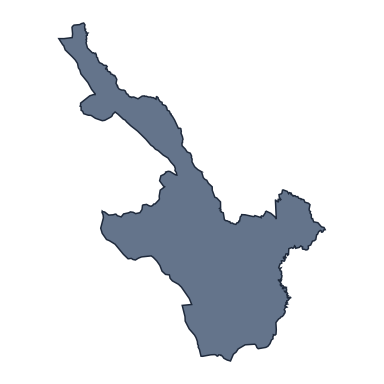 outline of Sumbawanga, Rukwa, United Republic of Tanzania
{"feature_id": "72390352B27717411944051", "entity_name": "Sumbawanga", "entity_type": "district", "adm_level": 2, "iso_a3": "TZA", "parent_name": "United Republic of Tanzania", "parent_adm1": "Rukwa", "projection": "mercator", "projection_center": [31.975, -8.085], "detail": "fine", "context": "isolated", "style": "filled", "palette": "slate", "viewbox_px": 384, "rotation_deg": 0, "n_neighbors": 0, "source": "geoboundaries", "source_scale": "gbopen_adm2", "svg_char_len": 5969}
<svg xmlns="http://www.w3.org/2000/svg" viewBox="0 0 384 384"><path d="M58.8,38.6L62.8,44.9L63.7,45.6L65.2,49.9L72.3,56.8L75.2,59.9L77.5,63.4L78.4,67.9L79.8,69.9L80.9,73.9L87.9,82.5L91.6,89.4L95.2,93.9L95.1,94.6L93.7,94.5L89.8,95.8L80.6,103.1L80.6,105.0L80.1,106.2L81.1,106.7L81.1,110.3L82.6,111.2L83.7,113.7L88.2,115.2L91.1,115.4L95.4,118.3L102.3,120.7L104.8,120.3L110.9,117.0L112.1,115.9L112.7,114.3L115.1,112.0L117.9,114.1L123.2,119.1L125.2,120.1L126.6,121.9L130.7,125.7L137.6,131.1L146.0,139.4L150.8,145.1L153.2,146.7L155.4,149.2L158.2,150.6L163.1,155.0L168.0,158.0L170.7,161.9L174.4,166.0L175.3,168.5L175.0,170.6L176.4,172.6L176.8,175.1L175.5,174.8L170.0,171.5L168.2,171.3L165.8,172.0L166.0,172.4L164.1,174.3L160.9,175.8L159.6,180.8L163.4,186.0L164.6,186.8L160.2,190.2L159.2,196.1L159.4,199.1L158.9,199.9L155.1,203.9L153.6,204.1L152.7,205.4L151.1,206.3L148.9,205.7L146.6,204.4L143.1,204.9L142.5,205.4L142.0,209.5L139.9,212.7L135.6,213.6L133.2,212.3L130.4,211.9L128.7,212.8L123.6,213.9L121.2,216.9L117.3,215.7L116.2,214.3L115.3,214.1L113.0,214.8L108.7,215.1L104.7,212.0L102.7,211.6L102.2,211.1L102.0,212.3L103.1,214.8L103.4,217.8L100.7,228.2L102.2,233.3L106.5,239.5L109.4,240.7L115.1,244.2L123.4,254.3L128.1,258.8L131.3,258.4L133.0,259.5L135.4,260.0L138.5,258.1L141.6,256.9L151.2,255.9L153.2,257.3L156.8,261.0L159.9,265.5L162.0,271.1L165.5,274.4L169.4,274.9L170.1,278.3L172.4,280.9L178.5,284.3L181.4,287.1L189.3,298.5L191.7,304.5L182.2,305.4L185.0,316.6L185.2,321.1L189.2,328.9L194.5,335.0L196.0,337.6L197.4,341.5L197.6,344.2L198.4,345.6L198.2,347.2L199.4,349.4L201.0,356.2L202.6,356.3L210.8,354.8L214.4,354.6L215.7,354.8L216.8,355.9L217.7,356.1L218.7,354.9L220.2,354.9L220.6,355.4L221.2,355.2L222.7,356.6L223.9,358.3L227.1,360.0L230.5,361.0L233.4,354.2L236.1,352.1L238.2,348.9L245.2,344.8L254.8,344.2L256.0,345.2L256.9,347.5L258.2,348.7L265.8,347.4L267.9,346.3L270.0,343.6L271.5,339.9L273.0,338.8L272.9,336.6L273.5,335.7L273.4,334.7L275.0,335.1L276.0,334.2L276.3,329.7L275.9,322.6L278.6,319.0L280.1,318.1L280.9,317.0L282.4,316.4L284.0,314.5L284.1,313.5L284.9,313.0L285.2,311.1L284.2,309.8L285.3,307.5L286.9,307.1L286.2,306.5L285.4,306.9L285.0,305.7L285.9,304.4L287.4,304.0L286.9,303.7L286.2,303.9L285.9,302.8L287.2,302.3L286.6,301.5L286.8,300.8L287.8,300.6L289.8,298.2L290.7,297.7L290.5,297.3L289.4,297.2L287.8,298.0L287.4,297.8L287.2,296.8L288.2,295.8L287.0,295.3L286.8,294.7L287.7,293.8L286.9,292.6L285.6,292.5L284.5,291.2L285.1,291.1L286.1,291.8L286.5,291.3L286.6,289.0L285.8,288.1L286.3,287.4L284.6,287.0L283.7,288.7L282.5,288.6L282.6,288.0L283.2,288.1L283.2,285.9L281.9,285.1L281.2,286.1L280.3,285.0L280.4,284.2L281.2,283.7L279.9,281.8L281.1,281.0L281.3,280.4L279.6,281.2L278.5,280.5L278.5,279.9L279.7,280.2L281.5,278.4L282.0,275.7L281.2,274.2L281.6,273.5L281.4,271.2L280.3,270.8L279.8,269.8L280.9,268.0L279.5,268.5L278.7,267.8L280.0,264.0L281.8,263.1L281.4,260.9L282.0,260.7L284.1,261.2L284.7,260.6L285.0,259.5L283.6,258.4L283.4,257.2L284.2,256.9L285.3,258.1L285.9,257.9L286.1,257.3L285.1,256.6L286.0,253.9L287.4,253.8L287.6,255.2L288.5,254.6L288.8,248.7L291.6,247.6L292.9,248.3L293.7,247.8L294.6,245.8L295.2,246.4L295.7,248.3L299.3,247.4L300.8,245.9L302.7,247.1L302.2,247.8L302.6,249.1L304.7,249.4L305.9,250.0L307.6,249.6L308.5,248.3L308.2,246.1L310.7,245.0L312.4,241.2L314.5,240.6L315.8,239.5L316.6,234.8L317.5,234.4L318.6,231.8L320.3,230.4L321.0,230.6L321.5,232.1L322.3,232.1L323.0,231.6L323.6,230.1L325.2,229.7L324.0,227.5L321.4,226.8L317.9,222.7L313.6,221.8L312.6,218.6L311.7,218.7L311.3,217.6L311.3,214.7L310.0,212.9L310.5,211.6L309.4,210.7L309.1,209.2L310.0,204.7L308.4,203.2L304.9,202.2L303.8,199.7L301.7,199.2L301.2,199.5L301.0,198.7L298.6,198.2L297.8,196.6L296.1,196.7L295.0,195.7L294.1,195.9L293.8,195.6L293.1,196.1L292.4,195.1L291.1,194.5L290.9,193.9L291.4,193.8L291.3,193.2L289.4,192.6L288.6,193.7L287.3,191.4L283.2,189.9L282.5,190.1L281.9,193.1L281.3,193.8L279.0,194.6L279.3,197.3L280.9,199.5L280.2,200.1L279.2,199.3L278.3,199.2L278.0,200.1L278.5,201.5L278.1,201.9L276.0,200.6L275.4,199.6L276.3,219.1L275.1,217.0L270.8,213.3L266.3,211.2L265.5,211.8L265.4,212.7L263.1,216.2L261.5,215.9L260.9,216.6L261.1,217.6L254.9,215.6L254.2,216.5L252.8,216.5L245.2,214.8L241.7,214.6L241.4,215.8L240.3,216.8L239.6,221.0L238.8,221.1L238.5,222.5L237.1,222.7L235.8,224.4L233.4,223.8L232.6,223.1L230.5,223.1L229.8,221.6L228.8,221.7L227.5,220.9L225.6,220.6L224.4,219.6L223.3,212.8L221.2,212.0L221.3,211.3L220.2,210.7L220.9,209.2L219.5,208.6L220.6,207.5L220.5,201.9L216.8,198.0L214.8,197.2L212.3,190.4L212.2,186.8L208.4,183.3L206.8,180.3L204.7,179.2L203.3,177.6L201.6,171.8L200.5,171.6L201.3,171.6L197.8,169.6L194.6,166.7L192.0,161.8L192.1,159.0L191.3,157.3L191.6,156.1L190.3,153.2L187.2,152.0L185.2,149.0L182.1,145.8L181.9,143.1L182.5,142.7L182.5,140.6L183.0,139.3L182.4,136.6L181.0,133.1L181.3,131.5L180.8,128.6L180.0,128.2L178.4,128.4L174.6,120.1L172.1,115.9L171.4,115.5L171.1,114.0L170.4,113.9L169.4,111.2L167.3,110.2L166.7,107.6L166.4,107.6L166.5,107.1L165.5,105.6L162.4,104.5L162.0,102.3L160.2,101.6L158.2,98.7L158.1,97.7L156.8,96.6L156.4,96.8L156.0,99.2L153.3,97.6L151.7,97.6L150.7,97.0L148.7,97.1L146.1,96.2L144.8,96.4L144.4,95.9L142.1,96.1L138.0,98.8L133.8,97.0L132.3,97.1L131.6,97.5L130.8,96.8L130.2,97.1L129.0,96.3L127.7,94.2L126.5,93.8L125.2,90.9L123.9,90.1L121.8,90.1L119.2,89.1L117.7,87.2L117.2,85.8L117.5,85.8L116.0,83.4L116.8,79.4L114.9,75.8L114.2,75.8L114.2,75.4L113.6,75.4L112.5,74.5L110.6,73.8L110.6,72.7L109.9,72.3L109.7,71.7L108.9,71.8L107.5,70.9L107.2,69.1L105.7,69.0L105.6,68.6L107.2,66.7L106.3,65.5L103.6,65.2L102.1,63.8L99.4,62.6L97.8,59.4L97.6,57.9L96.6,57.1L96.3,54.8L95.6,53.2L94.6,53.6L93.7,52.8L92.4,52.9L87.5,48.0L86.0,42.7L86.6,41.4L86.1,39.4L86.7,39.0L86.3,36.0L86.5,35.3L87.3,35.2L87.3,33.8L87.9,33.1L86.1,32.9L86.3,32.0L85.0,30.3L85.6,29.2L84.8,28.8L84.6,26.4L85.0,24.9L83.7,23.0L81.4,23.6L79.7,24.6L74.0,25.1L72.5,26.4L72.0,27.4L72.6,34.0L72.2,37.6L64.1,38.6L58.8,38.6Z" fill="#64748b" stroke="#1e293b" stroke-width="1.5"/></svg>